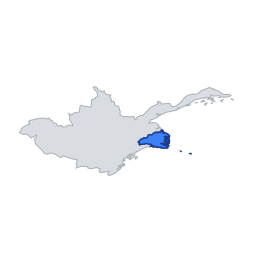 Myanmar, with Ayeyarwady highlighted, rotated 263°
{"feature_id": "MMR-3275", "entity_name": "Ayeyarwady", "entity_type": "Division", "adm_level": 1, "iso_a3": "MMR", "parent_name": "Myanmar", "parent_adm1": "", "projection": "robinson", "projection_center": [94.965, 16.268], "detail": "fine", "context": "in_parent", "style": "filled", "palette": "blue", "viewbox_px": 256, "rotation_deg": 263, "n_neighbors": 0, "source": "natural_earth", "source_scale": "10m", "svg_char_len": 8923}
<svg xmlns="http://www.w3.org/2000/svg" viewBox="0 0 256 256"><g transform="rotate(263 128 128)"><path d="M162.8,115.0L160.5,113.7L158.8,114.9L156.1,114.5L156.4,116.9L154.9,117.7L152.3,117.5L150.7,121.3L145.2,122.3L141.7,121.6L139.7,124.9L139.6,128.7L138.6,131.0L139.0,135.0L136.7,136.1L135.3,135.8L136.0,137.7L137.9,138.5L139.0,142.6L138.6,144.2L146.1,153.7L148.4,161.2L150.1,160.2L150.7,160.9L150.0,162.9L147.7,164.4L147.4,172.3L143.7,174.2L143.8,176.9L144.2,178.8L147.5,184.0L151.2,187.6L153.3,191.5L153.7,197.1L153.2,199.4L154.2,202.8L156.1,205.0L158.3,213.9L154.0,221.7L149.6,226.9L149.1,232.3L147.6,234.1L147.0,232.4L146.6,226.7L148.8,223.1L149.4,216.1L150.8,214.6L150.0,213.9L148.3,214.4L148.9,208.8L147.9,208.5L148.7,207.3L147.7,197.9L144.3,191.3L143.8,188.4L143.3,192.3L142.9,191.5L142.8,186.3L140.8,180.6L141.0,180.1L141.9,180.6L141.1,179.3L140.4,179.6L139.8,178.2L138.8,166.5L137.5,164.8L138.0,159.7L138.9,158.4L135.4,159.0L133.7,154.7L133.6,152.3L130.0,148.8L130.6,149.9L130.0,151.1L130.6,153.1L129.2,156.8L127.7,158.5L125.8,159.2L124.3,158.1L124.0,156.1L123.4,156.1L124.7,159.9L119.1,163.1L118.2,165.3L115.3,168.2L114.4,167.8L114.8,163.9L113.1,167.0L110.8,167.1L110.3,162.9L109.3,165.4L107.9,166.1L108.3,159.1L107.9,161.1L105.7,163.9L103.5,164.8L104.0,159.0L106.9,149.9L107.2,146.8L105.6,139.5L103.0,133.3L103.7,133.2L102.0,131.5L101.7,126.9L100.7,128.6L100.5,131.4L98.3,129.9L96.2,126.0L97.0,125.6L99.5,127.5L100.9,126.4L101.2,125.1L97.4,121.3L98.3,119.7L97.1,119.7L93.7,117.8L92.8,118.2L93.2,119.8L92.5,120.3L91.2,117.8L92.2,116.6L91.4,116.5L91.9,114.3L91.6,114.0L90.0,116.9L89.1,116.2L90.1,114.7L89.7,113.9L88.3,112.1L88.4,115.2L85.0,110.3L83.0,103.7L84.6,102.0L87.3,103.9L87.0,95.7L88.2,94.0L90.9,95.4L91.7,93.3L92.8,92.8L92.1,87.2L93.0,83.5L94.8,82.9L95.3,80.0L95.5,76.0L94.6,71.6L96.3,72.6L98.2,72.2L102.6,73.7L104.3,68.6L108.4,60.1L106.9,58.2L107.1,57.0L110.8,52.6L112.6,48.6L111.8,45.1L112.6,42.2L115.9,40.4L123.1,34.5L128.5,33.7L130.7,36.0L132.1,36.2L129.9,30.7L134.4,26.7L134.3,23.4L136.4,20.0L137.6,20.2L138.7,21.8L139.8,21.8L141.9,24.3L144.0,31.2L145.5,29.9L147.4,30.9L148.4,41.0L147.9,46.9L146.7,48.3L147.7,50.7L145.8,51.6L144.5,53.9L142.6,54.1L141.3,57.3L139.4,57.8L138.4,60.3L138.6,62.2L137.1,63.3L136.6,66.6L137.9,67.9L138.3,69.7L136.9,73.3L138.1,73.5L143.4,71.0L147.1,71.5L149.6,70.9L148.0,73.4L149.6,76.7L149.9,81.7L155.5,83.1L156.4,84.4L155.2,85.9L153.3,94.0L160.6,95.2L160.8,98.3L162.4,99.4L162.6,101.1L163.6,101.7L167.5,101.6L169.8,99.5L172.8,98.5L173.0,100.3L172.3,101.6L169.1,103.4L166.9,107.2L166.8,108.0L167.8,108.7L164.0,110.2L162.8,115.0ZM98.4,123.8L100.7,125.3L100.3,126.4L98.8,126.5L97.7,124.5L98.4,123.8ZM145.0,203.5L146.5,205.9L145.0,207.5L145.0,203.5ZM98.1,133.9L96.9,133.0L96.1,131.8L98.7,131.8L98.1,133.9ZM147.2,213.6L147.2,216.7L146.3,216.4L145.7,213.8L147.2,213.6ZM106.9,164.8L105.4,166.8L105.1,165.1L107.3,162.6L106.9,164.8ZM137.4,162.1L136.4,161.5L136.3,159.7L137.0,159.2L137.6,160.0L137.4,162.1ZM144.1,217.4L143.9,216.4L144.9,213.9L144.7,216.1L144.1,217.4ZM143.6,223.2L144.9,225.5L144.6,226.0L143.5,224.1L142.7,224.3L143.6,223.2ZM148.0,211.9L146.7,212.5L146.6,210.4L148.0,211.9ZM144.9,234.0L143.1,236.0L143.3,234.8L144.9,234.0ZM90.8,118.1L91.5,120.6L90.4,117.7L90.8,118.1ZM145.0,198.6L144.9,200.5L144.5,197.4L145.0,198.6ZM96.2,119.9L96.4,121.5L95.4,119.2L96.2,119.9ZM143.2,209.6L142.2,208.7L142.6,208.0L143.1,208.1L143.2,209.6ZM142.5,206.9L141.9,208.1L141.2,207.4L141.7,206.8L142.5,206.9ZM142.7,214.5L142.7,215.6L142.0,213.0L142.7,214.5ZM109.4,167.1L108.6,167.1L109.6,165.8L109.7,166.3L109.4,167.1ZM147.4,223.4L146.7,223.2L147.2,222.0L147.4,223.4Z" fill="#d9dde1" stroke="#a8b0b8" stroke-width="1"/><path d="M121.6,160.6L122.1,161.1L122.1,161.4L121.6,162.0L121.2,162.4L121.1,162.5L120.9,162.5L120.9,162.4L120.9,162.2L121.0,162.0L120.8,162.2L120.7,162.4L120.5,162.6L120.3,162.6L120.3,162.2L119.6,163.0L119.4,163.3L119.2,163.4L118.9,163.2L118.8,162.8L118.8,162.5L118.7,162.4L118.7,163.5L118.7,163.8L118.4,164.3L118.3,164.5L118.3,165.0L118.1,165.6L116.6,167.3L116.0,167.8L115.7,168.1L115.3,168.3L115.1,168.3L114.5,168.2L114.3,168.2L114.2,168.0L114.2,166.9L114.3,166.8L114.4,166.7L114.5,166.6L114.6,166.4L114.5,166.2L114.8,165.9L114.9,165.6L115.0,165.2L115.1,164.8L115.1,164.6L114.9,164.0L114.8,163.8L114.9,163.5L115.0,163.3L114.9,163.3L114.8,163.5L114.7,163.6L114.6,163.8L114.7,164.0L114.8,164.3L114.9,164.5L114.8,165.1L114.5,165.6L114.3,166.1L114.1,166.4L113.9,166.5L113.8,166.2L114.0,165.7L114.1,165.4L114.1,165.0L113.8,165.6L113.6,166.0L113.5,166.4L113.6,167.2L113.5,167.5L113.1,167.6L112.8,167.5L112.6,167.1L112.5,166.7L112.5,166.2L112.7,164.9L112.6,164.6L112.4,165.2L112.3,164.7L112.4,164.2L112.7,163.9L113.1,163.7L113.4,163.7L113.5,163.7L113.3,163.5L113.2,163.4L112.8,163.5L112.7,163.3L112.6,163.5L112.3,163.9L112.0,164.1L112.0,164.5L112.1,165.0L112.1,165.4L111.9,166.8L111.8,167.1L111.7,167.3L111.3,167.4L111.2,167.6L110.7,167.7L110.4,167.6L109.9,167.5L109.8,167.4L109.9,167.2L110.2,167.0L110.3,166.9L110.2,166.6L110.0,166.8L109.8,166.9L109.8,166.6L109.8,166.2L109.7,165.7L109.9,165.1L110.0,165.0L110.4,164.9L110.5,164.8L110.6,164.6L110.2,164.8L110.2,164.6L110.1,164.1L110.0,163.7L109.9,163.5L110.0,163.4L110.2,163.0L110.3,162.9L110.5,162.8L110.9,162.7L111.1,162.5L111.2,162.3L111.3,162.1L111.0,162.5L110.8,162.5L110.6,162.6L110.3,162.6L110.0,163.1L109.9,163.2L109.8,163.4L109.8,163.9L110.0,164.4L110.0,164.5L109.8,165.0L109.2,165.5L108.8,166.4L108.5,166.7L108.3,166.8L108.1,166.8L107.9,166.7L107.7,166.3L107.6,166.1L107.6,166.3L107.4,166.1L107.3,165.9L108.3,165.2L108.6,164.8L108.7,164.2L109.0,163.9L109.0,163.7L109.2,163.3L109.2,163.1L109.1,163.3L108.8,163.8L108.6,164.3L108.4,164.8L108.0,165.1L107.4,165.7L107.2,165.8L106.9,165.8L106.9,165.5L107.2,165.1L107.7,164.5L107.9,164.1L108.1,163.6L108.2,163.1L108.1,162.6L108.0,162.2L107.9,162.0L108.2,161.6L108.4,160.9L108.5,160.8L108.5,160.6L108.4,159.5L108.4,159.4L108.6,159.1L108.6,158.9L108.3,159.1L108.1,159.1L108.1,158.9L108.0,159.1L108.1,160.1L108.1,160.8L108.1,161.0L107.8,161.3L107.7,161.7L107.6,162.0L107.4,162.2L107.1,162.3L107.1,162.2L107.4,161.7L107.6,161.2L107.4,161.2L107.3,161.6L107.1,161.8L106.9,161.8L106.7,161.6L106.4,161.7L106.5,162.1L106.5,162.4L106.3,162.8L105.8,163.8L105.5,164.2L105.2,164.3L104.9,164.4L104.8,164.6L104.7,164.9L104.7,165.1L104.3,165.1L104.1,165.0L103.9,165.3L103.6,165.3L103.4,164.8L103.3,164.7L103.4,163.2L103.6,161.9L103.6,161.0L103.6,160.8L103.8,160.5L104.0,159.6L103.9,158.9L104.0,158.8L104.3,158.9L104.6,158.9L104.7,158.7L104.8,158.3L104.7,158.2L104.8,157.8L104.9,157.7L104.9,156.9L105.1,156.3L105.3,156.0L105.3,155.9L105.3,155.4L105.2,155.2L105.1,154.9L105.1,154.7L105.4,154.6L105.5,154.6L105.9,154.0L105.7,154.0L105.8,153.8L105.9,153.6L105.9,152.7L106.1,152.3L106.2,152.0L106.1,151.8L105.9,151.6L105.8,151.3L105.9,151.2L106.4,151.5L106.7,151.3L106.7,151.1L106.4,150.9L106.4,150.2L106.5,150.1L106.8,149.7L107.0,149.8L107.2,150.0L107.1,149.3L107.0,148.1L107.7,148.6L107.9,148.7L108.3,148.8L108.7,149.1L108.8,149.2L109.2,148.4L109.3,148.0L109.3,147.2L109.4,146.7L109.4,146.4L109.4,146.2L109.5,146.0L110.0,145.4L110.2,145.0L110.2,144.3L110.3,144.0L110.4,143.6L110.0,142.8L109.9,142.5L109.9,142.3L110.1,141.9L110.1,140.7L110.2,139.7L110.2,139.1L110.1,138.6L109.7,137.7L110.2,137.3L110.4,137.1L110.7,137.0L111.0,137.1L111.2,137.3L111.5,137.5L112.0,137.7L112.4,137.0L112.4,136.7L112.6,136.4L112.9,136.4L113.3,136.8L114.1,137.9L114.2,138.0L114.5,138.4L114.9,138.9L115.2,139.2L115.4,139.8L115.4,140.0L115.5,140.3L115.9,141.5L115.9,141.9L115.8,142.3L116.1,142.6L116.2,142.8L116.3,142.8L116.2,143.3L116.2,143.7L116.2,143.9L115.9,144.3L115.9,144.5L116.0,145.0L116.1,145.5L116.3,145.8L116.5,146.1L116.9,146.2L117.2,146.4L117.9,146.7L118.1,146.9L118.3,147.2L118.9,148.1L118.8,148.6L118.5,149.3L118.3,149.9L118.3,150.3L118.5,151.0L118.7,151.3L118.8,151.5L119.1,151.8L119.4,152.1L119.7,152.7L119.8,152.9L119.9,153.0L119.9,153.5L120.0,153.7L120.2,153.9L120.4,154.2L120.5,154.5L120.3,155.0L120.2,155.0L120.1,155.3L120.1,155.5L120.4,156.1L120.5,156.4L120.4,156.9L120.3,157.2L120.2,157.4L120.0,157.5L120.3,157.9L120.2,158.4L120.3,158.6L120.2,158.8L119.9,159.2L119.8,159.5L120.0,159.7L120.1,159.8L120.1,160.0L120.3,160.2L120.5,160.3L121.3,160.4L121.4,160.5L121.5,160.6L121.6,160.6ZM107.9,162.4L108.0,163.0L107.8,163.6L107.6,164.1L107.1,164.9L107.0,165.0L106.8,165.0L106.3,165.2L106.1,165.4L106.1,165.7L106.0,165.8L105.7,166.0L105.7,166.3L105.6,166.5L105.4,166.9L105.4,166.5L105.4,166.1L105.1,165.4L105.2,165.0L105.4,164.8L105.8,164.6L106.1,164.3L106.5,163.6L106.8,163.3L107.4,162.4L107.7,162.2L107.9,162.4ZM109.5,165.6L109.6,166.0L109.7,166.4L109.7,166.6L109.5,166.9L109.3,167.4L109.1,167.4L108.8,167.3L108.5,167.2L108.8,167.0L108.9,166.7L109.1,166.2L109.4,165.8L109.5,165.6ZM95.1,186.6L95.1,187.1L95.1,187.3L94.8,187.4L94.9,186.6L95.0,186.4L95.1,186.6ZM97.9,178.2L98.0,178.1L98.1,177.9L98.2,177.7L98.4,177.6L98.2,178.1L97.9,178.2Z" fill="#3b82f6" stroke="#1e3a8a" stroke-width="1.5"/></g></svg>